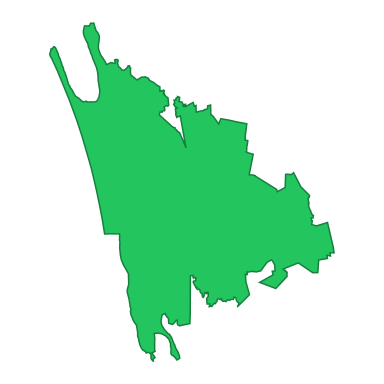 Tecuala, Nayarit, Mexico (Equal Earth projection)
{"feature_id": "50627088B70110967390572", "entity_name": "Tecuala", "entity_type": "district", "adm_level": 2, "iso_a3": "MEX", "parent_name": "Mexico", "parent_adm1": "Nayarit", "projection": "equal_earth", "projection_center": [-105.534, 22.348], "detail": "fine", "context": "isolated", "style": "filled", "palette": "green", "viewbox_px": 384, "rotation_deg": 0, "n_neighbors": 0, "source": "geoboundaries", "source_scale": "gbopen_adm2", "svg_char_len": 5876}
<svg xmlns="http://www.w3.org/2000/svg" viewBox="0 0 384 384"><path d="M93.7,23.0L92.4,23.3L90.7,23.2L90.1,24.1L90.0,24.9L89.3,25.9L88.2,25.8L86.6,26.2L85.5,25.8L84.5,25.9L83.4,30.7L83.4,33.3L84.2,36.2L85.4,39.1L87.6,43.3L88.3,45.7L88.3,46.8L89.8,49.9L90.6,52.8L92.0,55.7L92.5,57.9L96.5,67.6L97.6,72.0L97.8,74.7L98.1,76.2L98.1,80.0L99.9,91.3L99.0,96.9L97.8,99.5L96.6,101.4L93.3,102.1L91.7,101.8L87.9,102.1L86.4,101.3L85.6,101.3L84.5,101.8L83.0,101.7L81.0,100.5L80.3,99.6L79.1,98.5L75.7,96.3L74.0,93.8L72.2,90.1L70.0,87.1L70.0,86.3L69.5,85.5L68.8,84.9L68.5,84.1L65.9,75.2L65.2,74.0L65.1,73.7L65.3,73.5L64.6,71.7L63.6,70.4L63.8,69.9L63.0,67.1L62.8,66.5L62.3,66.2L61.3,62.2L60.6,60.9L60.1,58.9L59.1,57.1L59.0,56.4L58.4,55.2L58.5,54.8L57.7,52.6L55.5,47.7L55.0,47.2L53.9,46.6L53.3,47.1L52.2,48.9L50.9,49.0L50.7,51.0L49.8,54.0L49.8,54.7L50.4,56.5L51.3,57.7L57.3,70.6L69.2,99.7L76.7,120.0L81.9,135.9L89.4,161.6L91.6,169.6L95.1,184.4L97.1,193.3L100.2,208.5L102.5,220.7L104.6,234.0L110.2,233.8L119.5,233.9L119.7,235.8L119.5,237.2L119.7,238.5L119.4,239.7L119.9,242.0L119.7,248.0L120.4,255.1L121.2,259.3L123.2,264.4L128.4,273.7L128.7,283.6L128.6,284.8L127.3,289.5L127.2,292.1L129.1,299.4L130.2,307.0L130.9,309.0L130.4,311.4L130.9,314.6L133.7,321.3L136.6,325.5L137.7,333.1L137.6,336.1L138.5,338.5L138.8,340.7L139.9,344.8L141.3,348.0L142.7,350.0L145.5,351.5L146.1,353.0L148.2,352.4L148.9,352.6L149.8,353.4L150.6,353.3L150.9,353.5L151.1,358.7L152.1,359.9L152.4,360.6L153.3,361.0L153.0,359.4L155.0,357.5L153.8,355.6L153.4,355.4L152.2,352.7L155.1,351.4L154.7,350.1L154.6,342.3L154.8,338.4L154.2,333.6L158.1,333.1L162.2,333.9L165.8,336.0L168.8,339.1L169.6,341.0L169.8,342.2L170.5,343.1L170.6,347.2L171.1,348.0L170.9,353.7L172.2,355.4L173.0,355.5L175.0,357.4L176.9,360.0L179.7,358.3L179.5,356.0L178.1,352.3L175.5,347.7L174.7,344.9L173.9,343.7L171.6,337.6L169.5,334.3L168.3,333.8L164.6,329.8L161.7,325.1L161.0,321.2L162.1,314.9L165.3,313.5L165.5,314.9L168.5,318.8L168.7,323.3L172.6,324.5L174.5,322.7L176.3,320.1L177.3,320.2L177.2,323.6L178.2,325.3L179.4,325.8L189.9,323.6L190.2,314.8L190.4,275.7L192.9,275.4L193.1,277.7L193.7,278.2L194.2,277.5L195.8,277.6L195.7,280.7L193.4,281.2L193.2,282.2L196.1,287.8L196.8,287.6L196.9,287.9L196.9,288.8L197.2,289.3L197.6,289.5L199.3,289.3L199.9,290.0L200.2,291.9L200.5,292.5L200.8,292.9L202.0,293.6L202.2,295.7L202.7,297.1L203.5,297.4L204.9,292.4L206.0,292.8L206.3,293.6L207.0,293.6L207.1,292.9L207.5,292.3L208.2,292.4L208.3,296.2L206.6,298.7L207.1,304.0L209.7,303.9L209.3,306.6L210.6,305.9L211.1,306.5L211.9,306.4L212.0,305.8L212.4,305.7L213.9,303.6L214.8,303.3L215.2,303.7L215.5,303.5L216.1,302.2L216.8,301.7L217.5,299.2L218.7,298.5L220.2,299.6L220.6,299.6L221.4,298.7L221.7,299.0L221.6,300.0L223.0,301.4L224.7,301.1L226.1,301.6L227.7,299.7L229.8,300.3L230.0,299.9L230.8,299.5L233.4,299.3L233.9,298.3L233.7,297.3L234.8,297.2L235.8,297.7L236.1,298.6L236.4,300.2L237.2,301.7L237.9,302.4L238.5,302.6L238.7,302.9L238.5,304.6L237.6,306.3L237.7,306.5L249.5,294.7L245.9,281.8L245.6,276.8L245.2,274.3L246.9,274.8L247.4,274.3L247.0,272.0L248.2,272.1L252.3,271.3L253.4,271.8L254.2,271.6L256.3,271.9L260.8,270.9L264.0,266.4L267.6,261.8L269.8,260.9L271.2,259.9L272.5,260.9L274.7,265.1L275.0,270.8L272.2,271.3L273.2,274.8L259.6,282.4L275.8,288.5L287.1,276.4L286.8,274.5L287.1,273.7L286.9,273.4L287.1,272.3L286.8,271.9L285.8,271.5L285.7,271.0L285.3,270.8L285.4,270.3L284.0,270.2L283.1,269.0L298.3,262.9L312.7,272.7L317.8,272.6L318.7,260.0L327.4,258.5L327.0,255.2L330.5,256.0L330.0,252.9L333.8,252.6L334.2,253.6L333.1,246.5L327.5,222.5L316.5,225.9L311.7,224.6L312.3,220.8L311.6,220.6L311.3,217.8L313.0,218.0L313.4,215.4L312.5,215.2L311.4,213.1L311.0,212.9L311.0,211.7L309.7,209.1L308.6,206.3L308.8,204.9L308.4,203.1L308.9,203.1L308.2,199.6L308.2,197.9L309.2,197.4L309.1,196.6L309.6,195.6L300.8,186.7L293.6,172.7L292.3,173.9L290.7,174.7L287.3,174.1L285.6,174.4L285.2,187.5L277.3,191.7L276.6,189.4L257.2,177.3L255.6,176.3L255.4,175.8L254.5,175.7L254.1,175.2L249.2,174.7L253.2,154.2L247.7,152.7L247.2,152.2L246.3,152.0L246.7,149.9L246.8,146.1L247.2,145.4L247.8,140.6L245.0,140.0L245.3,138.4L245.2,136.6L246.8,123.8L235.5,121.6L229.8,120.3L220.8,118.7L218.7,123.9L213.1,116.3L211.6,114.9L210.8,114.8L210.6,105.0L207.6,105.9L207.6,108.8L204.4,109.7L204.4,110.2L196.2,112.1L196.0,105.5L194.4,106.4L193.2,102.4L185.9,106.4L185.6,104.3L184.2,104.5L184.1,105.4L184.4,105.4L184.6,106.5L183.2,106.4L182.9,104.1L182.2,102.2L179.0,101.4L179.7,98.4L179.6,97.3L177.5,96.5L177.4,97.6L176.1,98.1L175.9,98.6L175.9,100.0L174.0,100.1L174.3,100.7L174.6,103.3L174.2,103.4L173.6,104.5L174.3,105.2L174.7,106.2L175.6,106.6L177.0,108.1L175.4,108.3L175.7,111.8L176.3,112.3L175.7,113.4L175.8,114.4L176.1,115.9L176.8,115.9L176.8,117.3L177.6,116.8L178.7,116.6L180.3,116.0L186.0,148.0L182.9,140.1L179.4,132.4L178.2,131.9L177.1,131.0L177.1,130.4L174.7,128.5L175.0,127.8L172.8,127.1L159.3,114.9L160.0,112.0L162.1,112.2L162.3,110.9L164.6,110.8L164.9,109.3L164.0,107.1L165.2,106.5L166.3,105.5L167.5,106.1L168.4,105.8L168.7,105.4L168.0,97.9L167.5,97.3L166.2,97.0L165.5,95.8L164.3,95.0L164.6,93.1L164.4,93.5L163.6,93.6L164.3,90.8L163.5,90.8L163.5,90.2L163.2,90.3L162.9,91.1L161.6,90.9L161.5,90.6L160.5,90.6L160.4,91.0L159.7,91.0L159.7,89.9L159.9,89.8L159.9,86.8L156.1,84.7L155.0,83.5L153.5,82.4L149.5,80.4L149.4,80.0L148.4,78.3L145.6,77.0L144.8,76.8L144.5,77.1L141.6,77.1L136.9,80.0L130.7,74.7L130.4,70.5L130.6,68.0L129.5,67.3L129.7,66.3L129.6,65.9L128.2,65.7L127.2,67.7L124.2,70.3L123.8,70.4L123.0,70.0L121.8,69.9L120.7,68.3L118.9,66.9L118.0,65.0L117.6,63.9L117.6,63.0L118.2,60.5L117.9,59.9L117.3,59.5L115.9,59.4L114.7,59.9L114.6,60.9L115.4,61.8L115.5,62.2L115.2,63.1L114.7,63.4L111.7,62.7L110.5,62.7L107.5,64.2L106.4,64.5L105.5,62.2L102.4,57.3L101.4,56.1L100.3,54.1L98.6,49.3L98.3,45.9L99.4,38.2L99.2,36.0L98.6,34.2L97.7,32.6L96.1,30.7L93.7,23.0Z" fill="#22c55e" stroke="#15803d" stroke-width="1.5"/></svg>